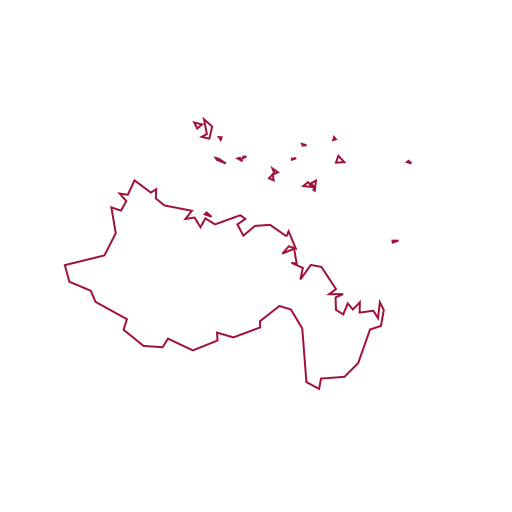 Mackay, Queensland, Australia, rotated 335°
{"feature_id": "25037944B90195923531970", "entity_name": "Mackay", "entity_type": "district", "adm_level": 2, "iso_a3": "AUS", "parent_name": "Australia", "parent_adm1": "Queensland", "projection": "mercator", "projection_center": [149.075, -21.082], "detail": "medium", "context": "isolated", "style": "outline", "palette": "rose", "viewbox_px": 512, "rotation_deg": 335, "n_neighbors": 0, "source": "geoboundaries", "source_scale": "gbopen_adm2", "svg_char_len": 1979}
<svg xmlns="http://www.w3.org/2000/svg" viewBox="0 0 512 512"><g transform="rotate(335 256 256)"><path d="M339.7,372.2L349.0,358.9L348.7,350.3L340.3,363.9L339.2,355.2L326.0,351.1L330.6,341.8L321.2,345.4L319.1,337.8L310.4,345.8L305.7,338.6L310.6,327.2L318.8,327.3L306.1,321.5L314.5,319.8L310.7,293.5L301.9,287.3L286.3,296.0L293.4,286.6L285.2,277.1L289.7,279.9L293.6,265.5L280.9,265.0L289.9,261.1L295.2,266.0L296.0,247.4L292.6,250.5L291.6,250.4L281.9,233.7L267.8,228.3L253.2,232.2L252.5,219.5L262.0,217.9L259.0,212.4L232.2,210.0L226.0,200.5L217.8,206.4L216.6,195.2L207.7,192.6L217.0,187.9L194.5,171.6L189.5,161.5L193.8,153.3L187.5,154.1L177.9,136.1L165.7,146.3L158.8,141.8L161.7,151.4L152.8,157.8L145.5,150.8L138.5,176.1L118.9,191.4L78.9,183.5L76.0,200.5L91.6,217.7L91.2,229.8L112.3,258.7L104.8,266.9L116.1,290.0L132.8,299.2L141.3,293.7L158.9,314.9L185.4,316.3L188.3,309.0L201.1,320.2L229.6,322.5L232.0,316.8L256.1,311.2L265.0,319.2L267.3,341.2L248.4,391.6L257.0,403.1L263.1,394.6L285.2,402.9L303.4,396.2L328.3,370.8L339.7,372.2ZM263.3,129.9L271.0,120.1L266.6,110.1L263.0,124.7L257.1,125.1L263.3,129.9ZM375.7,208.3L373.0,200.0L367.9,205.2L375.7,208.3ZM338.4,218.4L336.0,220.3L336.8,221.7L342.2,213.0L336.4,213.4L338.4,218.4ZM256.4,108.9L256.6,115.6L262.8,114.0L256.4,108.9ZM328.5,212.6L336.1,217.2L334.3,211.0L328.5,212.6ZM307.9,183.6L307.6,189.3L311.2,189.4L307.9,183.6ZM385.6,301.6L391.6,302.3L386.2,299.8L385.6,301.6ZM227.2,196.6L232.3,201.6L229.6,195.7L227.2,196.6ZM304.0,194.9L305.7,189.0L300.6,191.1L304.0,194.9ZM280.5,159.8L283.7,164.3L282.9,160.1L280.5,159.8ZM267.8,159.4L263.2,151.9L260.9,150.1L261.3,152.5L267.8,159.4ZM284.9,161.9L289.3,161.7L286.6,160.6L284.9,161.9ZM432.5,234.7L436.0,237.7L434.5,234.2L432.5,234.7ZM272.6,132.5L273.1,135.8L275.0,133.9L272.6,132.5ZM333.8,184.3L329.6,182.9L329.4,184.1L333.8,184.3ZM344.9,175.6L348.5,176.9L345.0,173.8L344.9,175.6ZM374.9,183.6L377.7,184.0L377.0,181.2L374.9,183.6Z" fill="none" stroke="#9f1239" stroke-width="2"/></g></svg>